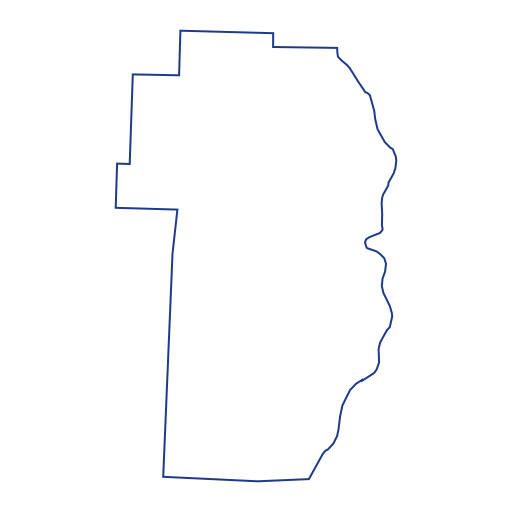 Jefferson, Ohio, United States of America
{"feature_id": "52423323B31823357110320", "entity_name": "Jefferson", "entity_type": "district", "adm_level": 2, "iso_a3": "USA", "parent_name": "United States of America", "parent_adm1": "Ohio", "projection": "natural_earth1", "projection_center": [-80.666, 40.377], "detail": "fine", "context": "isolated", "style": "outline", "palette": "blue", "viewbox_px": 512, "rotation_deg": 0, "n_neighbors": 0, "source": "geoboundaries", "source_scale": "gbopen_adm2", "svg_char_len": 1096}
<svg xmlns="http://www.w3.org/2000/svg" viewBox="0 0 512 512"><path d="M163.2,476.8L257.6,481.3L308.9,479.1L322.5,454.4L324.4,451.8L325.8,450.5L326.0,450.4L327.8,449.6L333.4,443.5L337.1,436.1L338.5,429.4L340.1,416.3L342.4,405.5L350.0,390.1L356.1,383.7L362.1,379.9L362.2,380.7L374.0,373.1L376.6,369.6L379.1,362.4L378.6,349.2L380.1,342.5L386.8,330.4L389.8,327.1L392.2,316.4L391.8,312.8L389.8,306.0L383.4,292.9L381.8,286.1L382.6,278.4L385.1,271.5L386.0,263.8L384.3,258.3L380.5,254.4L376.6,251.4L367.3,248.2L366.6,247.6L365.0,242.6L366.1,239.3L368.1,238.0L369.4,237.1L379.9,233.0L382.3,230.2L382.6,229.0L381.9,225.1L382.2,214.1L381.6,203.1L382.2,197.5L383.1,194.6L388.2,185.6L388.6,182.4L393.5,173.7L395.3,168.6L396.3,160.5L395.8,156.6L392.8,149.2L390.1,147.5L384.8,142.1L377.6,129.4L375.2,119.1L374.2,110.7L369.9,95.2L367.5,93.0L365.4,92.3L358.7,82.4L349.7,68.1L347.4,65.4L341.4,60.3L338.0,56.8L337.3,52.3L337.2,47.9L273.1,47.0L273.2,33.2L180.4,30.7L179.1,75.3L132.8,74.4L129.7,164.0L117.1,163.6L115.7,207.8L177.4,209.6L172.5,253.7L163.2,476.8Z" fill="none" stroke="#1e3a8a" stroke-width="2"/></svg>